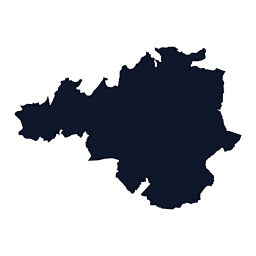 outline of Valle de Guadalupe, Jalisco, Mexico
{"feature_id": "50627088B71389499937182", "entity_name": "Valle de Guadalupe", "entity_type": "district", "adm_level": 2, "iso_a3": "MEX", "parent_name": "Mexico", "parent_adm1": "Jalisco", "projection": "albers", "projection_center": [-102.657, 21.043], "detail": "fine", "context": "isolated", "style": "filled", "palette": "ink", "viewbox_px": 256, "rotation_deg": 0, "n_neighbors": 0, "source": "geoboundaries", "source_scale": "gbopen_adm2", "svg_char_len": 5738}
<svg xmlns="http://www.w3.org/2000/svg" viewBox="0 0 256 256"><path d="M201.0,50.6L198.1,52.4L196.9,53.8L192.3,53.4L190.9,54.0L189.8,55.4L187.3,55.5L185.7,55.4L184.2,54.2L182.4,53.7L181.6,52.3L179.6,53.6L179.2,52.9L177.9,53.2L178.2,52.2L177.1,52.4L176.7,51.0L175.3,50.3L175.4,49.8L176.9,49.3L174.7,48.1L174.7,47.6L173.3,47.9L172.6,47.3L172.2,47.8L169.3,47.4L166.7,48.4L162.0,48.0L158.8,49.7L155.6,48.5L155.7,50.0L156.9,49.7L157.3,50.6L157.1,51.2L160.5,53.6L160.7,54.8L162.8,55.3L162.4,56.4L161.9,56.7L161.7,59.4L162.3,61.9L161.5,63.1L159.0,62.4L158.4,62.1L158.4,61.3L156.4,60.6L158.0,63.4L157.5,66.2L157.6,68.0L155.3,67.9L153.4,65.5L153.4,64.9L154.2,64.8L154.4,64.3L153.0,60.5L153.6,60.4L153.2,59.5L154.0,59.0L153.3,58.3L152.6,58.7L151.1,58.1L151.7,59.1L150.1,58.9L150.0,54.9L148.2,54.6L148.4,53.2L146.9,52.6L146.8,55.7L145.5,56.0L144.6,56.9L142.2,57.9L141.2,59.3L141.1,61.4L140.2,61.7L138.2,64.2L136.7,64.4L136.4,65.7L135.6,66.2L135.4,67.4L134.5,67.7L133.9,68.9L129.1,70.1L129.2,69.9L128.4,69.1L127.0,68.5L126.4,66.8L125.0,65.7L122.8,66.8L122.4,67.9L122.7,69.2L120.5,71.4L120.3,75.0L120.6,76.7L120.1,77.5L119.3,82.5L119.6,83.3L119.1,83.8L118.8,86.2L117.7,87.6L116.9,87.9L116.6,86.7L115.2,86.1L114.4,87.0L113.7,87.1L113.3,87.8L112.0,87.8L111.2,88.3L109.8,87.7L107.2,87.7L106.9,86.7L105.4,85.1L104.2,80.6L104.5,79.9L107.5,79.3L104.0,78.2L103.9,79.4L104.4,79.7L103.4,80.1L98.6,86.8L94.1,91.6L92.0,95.1L89.7,96.5L85.6,96.0L85.5,95.0L84.2,93.7L84.1,93.1L81.1,93.8L79.6,93.4L79.4,90.5L75.8,89.9L75.8,89.1L74.8,88.1L75.1,87.5L78.4,85.6L80.9,81.2L80.1,80.8L82.0,80.0L80.2,80.0L78.8,81.9L75.1,83.1L71.5,81.5L71.0,80.9L68.8,81.9L68.0,78.4L66.4,78.7L64.6,81.5L63.6,81.2L61.5,81.7L61.3,82.4L61.8,83.3L61.5,85.0L59.0,87.7L58.4,91.4L58.0,91.0L56.4,92.0L54.9,93.9L55.5,94.9L55.4,96.5L54.9,97.2L55.2,98.0L54.0,99.0L53.7,99.7L53.9,100.9L52.6,102.1L52.6,103.3L51.9,103.8L51.1,105.8L50.1,106.1L48.9,105.6L48.9,103.1L48.6,102.5L47.9,102.4L48.3,100.7L47.8,98.3L47.1,100.2L45.6,102.5L40.1,105.8L38.2,105.3L38.7,104.5L38.4,103.9L38.3,104.6L37.0,105.1L36.4,105.8L36.3,105.2L37.0,103.8L36.4,103.7L36.0,104.2L35.0,104.5L33.4,103.6L33.4,105.0L27.4,104.5L23.6,106.5L21.5,106.3L23.3,109.1L22.9,110.2L20.8,111.6L17.9,111.8L16.1,112.8L15.4,113.9L15.5,114.5L20.2,119.0L21.2,120.3L23.6,127.3L23.0,129.6L19.2,132.3L19.3,134.1L19.9,134.5L22.0,134.1L23.5,135.3L24.8,137.2L26.3,137.9L30.8,137.9L35.8,140.3L37.5,139.3L39.2,136.1L40.7,135.5L41.4,136.3L41.3,136.8L41.7,137.2L44.0,137.6L44.1,140.0L45.1,140.0L45.5,139.5L47.9,139.7L48.6,140.2L48.3,141.0L48.7,141.4L52.2,138.2L54.0,137.9L55.4,135.3L55.6,133.2L57.6,133.0L58.8,133.7L58.4,131.8L60.8,128.0L63.5,129.8L63.4,131.0L62.1,132.2L61.9,133.3L63.1,133.7L65.1,136.6L65.8,136.9L70.1,135.3L70.9,134.3L76.6,133.2L77.7,133.7L78.2,134.9L79.6,135.6L80.8,136.9L82.0,135.3L81.9,134.5L83.3,132.0L85.2,130.6L85.9,130.5L86.8,131.3L87.3,133.4L90.3,135.1L89.2,137.0L88.5,137.2L88.2,138.2L87.8,138.3L88.2,139.5L87.3,139.8L87.2,142.1L86.2,142.8L86.8,143.4L86.4,144.7L87.2,145.5L86.6,145.9L86.9,146.2L86.7,146.7L88.2,147.0L88.2,148.3L89.1,149.2L88.9,150.4L90.0,151.2L89.9,151.7L91.1,153.3L91.3,154.5L92.0,155.4L92.0,156.4L89.4,160.0L98.5,159.5L104.7,158.0L112.4,157.4L119.8,159.5L119.5,162.1L118.8,162.9L117.7,163.2L118.4,166.0L118.2,168.2L118.6,168.9L117.7,169.3L119.0,170.5L119.3,171.6L119.2,172.1L116.6,173.5L116.5,176.9L119.1,177.2L118.9,178.4L125.4,185.2L125.4,185.8L126.7,186.2L127.2,188.5L128.2,188.9L128.3,189.8L130.2,190.7L131.8,192.7L132.4,192.9L134.1,191.7L134.7,188.8L135.5,188.4L136.3,189.3L137.1,188.2L136.9,187.7L138.6,186.7L139.0,184.7L140.5,183.6L140.0,181.1L142.9,181.3L144.0,181.1L144.3,180.5L145.0,180.9L145.0,177.1L145.6,176.8L147.1,177.2L147.3,176.7L148.0,177.2L149.6,182.4L151.3,183.0L151.5,183.9L141.7,194.4L142.5,195.1L147.1,195.8L147.6,196.6L147.7,198.8L149.3,199.4L150.8,200.7L151.6,200.6L151.9,201.0L150.9,202.0L151.0,204.5L156.1,204.5L157.3,205.2L157.3,205.9L158.9,206.0L159.3,206.8L161.5,207.0L161.7,207.7L172.4,208.7L175.7,206.5L177.8,207.1L179.9,206.9L181.7,203.8L182.7,203.2L184.8,202.9L185.9,202.1L186.7,201.9L190.3,202.8L191.2,203.4L192.9,202.3L197.1,201.8L197.2,199.8L199.8,199.2L199.3,195.7L199.1,196.1L198.1,196.0L198.1,195.6L199.7,195.2L199.4,194.0L202.4,190.1L202.5,189.5L204.3,187.7L204.5,186.8L208.0,184.7L210.9,185.5L210.9,184.7L212.6,183.4L212.0,182.7L212.2,182.0L213.5,180.9L213.1,179.4L213.2,176.1L212.3,176.2L211.8,174.7L208.6,171.6L208.6,170.8L207.4,170.2L206.7,169.3L206.2,169.4L206.2,170.0L205.8,169.7L205.1,166.2L204.5,165.0L205.2,162.6L204.9,160.9L208.1,157.4L209.2,157.1L209.2,156.6L210.5,155.8L210.3,155.2L210.5,154.9L211.8,154.9L213.5,153.7L216.6,150.4L218.5,149.7L222.0,146.2L224.0,148.1L225.2,151.0L227.6,149.8L230.3,149.7L232.2,148.1L232.4,147.1L233.8,146.6L234.0,144.4L235.1,142.7L235.7,142.8L239.0,139.7L240.6,135.6L229.1,131.8L225.9,131.4L225.6,128.9L223.2,124.5L222.6,119.8L221.6,118.7L221.7,116.4L220.7,114.8L219.7,111.8L218.7,111.9L215.9,108.9L216.1,108.3L218.1,108.0L218.6,108.4L218.6,108.9L219.4,109.0L219.1,108.3L219.8,108.1L220.2,107.5L219.8,107.1L221.2,105.8L219.8,103.7L220.0,103.0L220.9,102.7L222.3,101.0L221.5,100.3L222.1,99.6L222.2,92.8L222.9,92.8L223.4,91.5L222.4,89.5L223.2,89.2L222.6,87.8L223.0,87.1L222.5,86.4L222.9,85.2L222.7,84.8L223.2,84.2L223.5,82.8L222.6,81.0L221.9,80.8L221.9,77.8L222.1,75.6L224.4,71.7L222.2,71.2L216.8,68.9L215.7,70.2L213.4,71.4L206.8,70.0L205.2,70.5L203.9,68.7L200.4,69.2L197.9,68.0L197.4,67.3L195.5,66.6L192.5,67.1L190.2,68.4L190.0,64.0L191.1,63.5L191.1,62.2L191.8,61.0L192.4,60.8L192.7,59.8L195.2,60.7L196.1,60.2L197.7,60.7L198.3,60.2L200.3,60.0L200.8,59.5L201.6,59.7L202.7,58.8L204.4,58.3L204.9,56.6L204.0,53.7L205.0,52.1L205.4,50.6L204.3,49.0L203.4,48.8L202.0,50.8L201.0,50.6Z" fill="#0f172a" stroke="#020617" stroke-width="1.5"/></svg>